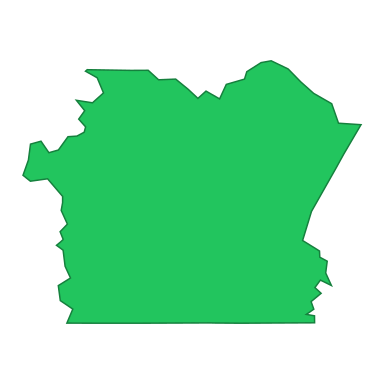 Fayette, Pennsylvania, United States of America (Equal Earth projection)
{"feature_id": "52423323B77989580775491", "entity_name": "Fayette", "entity_type": "district", "adm_level": 2, "iso_a3": "USA", "parent_name": "United States of America", "parent_adm1": "Pennsylvania", "projection": "equal_earth", "projection_center": [-79.699, 39.932], "detail": "fine", "context": "isolated", "style": "filled", "palette": "green", "viewbox_px": 384, "rotation_deg": 0, "n_neighbors": 0, "source": "geoboundaries", "source_scale": "gbopen_adm2", "svg_char_len": 1056}
<svg xmlns="http://www.w3.org/2000/svg" viewBox="0 0 384 384"><path d="M85.5,71.2L97.2,77.8L103.5,92.9L92.5,102.8L76.4,100.3L84.7,110.7L78.7,119.1L85.6,126.9L84.2,132.2L76.9,136.1L68.0,136.7L58.4,150.0L48.9,152.7L41.0,141.2L30.5,144.1L28.4,160.1L23.0,175.3L30.4,181.2L47.6,178.8L62.6,196.4L62.6,202.7L61.2,210.4L67.4,224.1L60.1,231.7L63.0,238.9L63.0,239.7L61.8,240.8L60.5,242.0L56.5,245.3L63.1,250.2L65.1,266.3L70.5,278.0L58.3,285.6L60.3,300.6L72.8,309.1L66.9,323.1L96.7,323.2L96.8,323.2L118.0,323.2L139.0,323.2L211.4,322.9L212.6,323.0L240.8,323.2L274.8,323.0L314.6,322.8L314.5,315.8L306.3,314.4L313.8,309.2L311.1,301.6L321.1,293.3L314.9,287.6L320.4,280.1L331.4,285.5L325.7,273.0L327.2,261.2L319.8,257.2L319.5,251.0L302.6,240.5L311.5,211.4L335.7,168.7L343.7,154.2L361.0,124.7L338.5,123.2L331.7,103.7L313.7,93.4L300.8,81.9L288.2,69.0L271.2,60.8L261.1,62.6L246.8,71.7L244.5,79.1L226.3,84.4L219.6,98.9L206.0,91.1L197.9,98.4L188.3,89.4L175.7,79.1L158.6,79.8L148.2,70.3L131.1,70.4L87.2,69.7L85.5,71.2Z" fill="#22c55e" stroke="#15803d" stroke-width="1.5"/></svg>